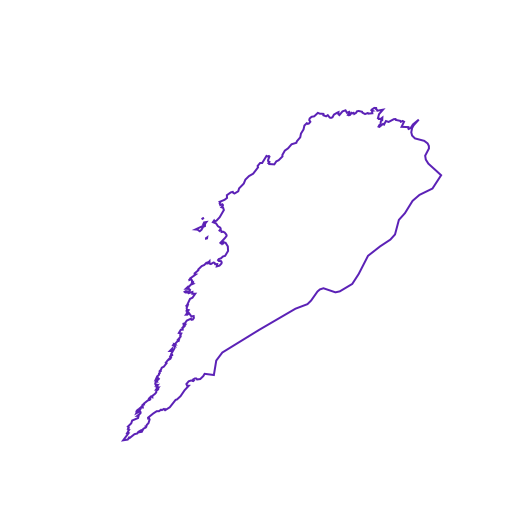 Kilrush Lea-5, Clare, Ireland, rotated 328°
{"feature_id": "5873133B68451217430396", "entity_name": "Kilrush Lea-5", "entity_type": "district", "adm_level": 2, "iso_a3": "IRL", "parent_name": "Ireland", "parent_adm1": "Clare", "projection": "natural_earth1", "projection_center": [-9.571, 52.715], "detail": "fine", "context": "isolated", "style": "outline", "palette": "violet", "viewbox_px": 512, "rotation_deg": 328, "n_neighbors": 0, "source": "geoboundaries", "source_scale": "gbopen_adm2", "svg_char_len": 6086}
<svg xmlns="http://www.w3.org/2000/svg" viewBox="0 0 512 512"><g transform="rotate(328 256 256)"><path d="M296.1,319.1L304.1,328.9L308.3,330.4L322.8,330.7L333.5,325.7L351.1,315.2L366.4,313.6L378.6,313.3L385.3,311.4L396.3,301.1L405.0,298.6L418.0,292.2L427.0,290.8L441.4,292.3L455.8,285.6L451.1,269.0L451.1,264.2L452.6,260.6L459.6,256.5L460.9,254.3L461.2,251.5L459.7,247.5L453.1,240.5L452.2,236.6L453.2,233.4L456.2,230.2L458.9,228.7L466.3,226.6L458.8,227.6L455.0,229.4L451.9,229.1L452.9,228.8L453.6,227.5L447.9,223.6L452.7,220.6L451.9,219.2L449.9,218.9L449.9,217.8L446.7,214.7L446.9,213.8L445.4,213.0L439.5,212.6L437.7,210.4L434.2,212.4L433.8,211.3L429.0,211.9L428.5,211.2L430.1,210.3L431.1,210.6L433.2,208.0L434.5,207.3L435.0,207.7L436.5,205.6L434.2,205.8L432.7,204.9L433.0,204.2L432.5,203.7L434.0,202.3L435.5,200.9L441.2,199.2L435.9,197.1L436.1,195.7L435.6,194.8L436.2,194.1L434.8,193.1L431.6,193.2L431.1,193.5L431.8,194.6L431.3,194.4L430.3,196.6L426.7,194.8L426.6,194.0L423.7,193.4L422.2,190.8L422.4,189.9L419.9,187.4L418.3,186.8L416.8,187.6L414.5,187.6L414.6,186.3L413.3,186.1L413.0,185.3L410.4,186.2L409.2,185.8L408.7,185.1L411.3,184.2L411.5,183.2L409.0,182.7L409.1,179.9L406.0,179.2L401.4,180.7L401.0,179.4L402.2,177.7L400.8,177.5L397.0,177.4L394.3,178.9L392.8,178.6L391.9,177.7L391.5,174.6L389.5,174.7L387.7,172.4L388.5,171.5L388.3,171.0L385.5,169.1L384.3,167.4L379.4,168.4L376.9,167.4L374.4,167.8L373.2,168.9L373.2,171.0L371.1,171.7L369.9,171.4L369.5,170.3L366.2,171.0L363.3,173.9L359.0,176.0L356.4,178.8L351.4,180.4L350.2,181.4L345.4,180.1L340.2,181.7L336.3,181.9L331.9,184.3L331.2,185.6L325.9,186.8L323.4,186.5L320.1,188.0L316.0,185.1L316.4,184.6L315.8,183.8L317.2,183.2L316.6,182.0L317.0,181.1L320.1,178.8L319.9,178.0L318.4,177.6L317.9,176.7L310.5,180.4L308.8,179.3L305.1,180.5L304.7,181.9L297.2,184.7L292.4,184.5L287.5,185.6L284.0,188.1L277.5,189.7L275.2,191.7L270.9,191.6L270.2,190.6L270.3,189.3L268.3,188.7L263.5,189.0L262.2,191.4L259.1,191.7L253.9,190.8L254.0,191.6L253.1,192.0L252.7,193.9L254.8,194.2L255.0,195.0L254.6,195.8L252.6,196.4L253.7,197.7L253.1,200.0L245.7,203.9L241.2,205.1L239.1,204.7L238.7,204.3L239.3,204.2L239.3,203.7L237.4,204.5L239.4,207.2L239.5,210.6L240.7,213.0L240.4,214.5L237.6,215.3L239.2,215.0L239.9,216.5L239.5,217.4L241.1,218.1L241.9,219.6L242.2,222.2L241.8,223.3L239.6,224.2L231.9,226.2L234.7,226.6L234.1,227.4L235.5,227.3L235.2,227.8L236.0,227.6L237.2,228.7L237.2,232.9L235.0,236.9L229.9,239.5L227.7,238.9L225.0,239.4L222.8,238.9L221.4,239.4L222.1,239.2L221.6,239.4L221.8,240.5L223.6,241.8L223.6,243.1L222.7,244.1L219.9,244.8L217.2,244.0L218.8,242.3L217.0,241.3L217.2,239.8L216.5,239.0L213.4,238.9L212.6,237.9L213.8,235.8L211.5,236.5L211.6,235.9L210.2,236.0L210.1,235.5L207.4,236.2L204.6,235.8L199.9,236.8L199.6,237.5L194.7,238.2L194.2,239.1L195.0,239.7L188.4,240.1L187.9,240.8L188.7,240.8L187.7,241.3L188.7,241.6L188.8,242.8L187.9,244.1L188.5,244.4L187.5,244.9L188.0,245.3L187.5,245.5L188.0,246.2L185.3,245.8L182.4,246.7L182.2,246.0L179.1,246.6L181.7,248.4L182.1,249.8L181.3,250.4L179.8,250.3L177.9,248.6L176.5,248.6L176.8,249.5L179.0,250.9L179.1,251.8L183.0,252.8L182.0,254.3L184.5,255.8L180.0,257.7L177.3,257.4L171.6,261.1L169.7,261.6L171.6,261.9L169.6,263.4L168.9,265.2L167.2,266.1L169.6,265.6L170.2,266.2L167.5,267.5L168.0,268.0L165.6,268.7L166.7,269.4L168.9,269.0L169.2,273.0L171.3,273.9L170.5,275.6L168.7,276.4L167.5,275.9L167.6,274.7L163.1,274.1L160.0,275.4L158.6,275.0L158.2,275.9L159.5,276.7L156.5,277.6L157.1,277.9L155.5,278.3L154.8,279.6L153.1,278.7L149.8,280.4L151.6,282.1L149.8,283.1L148.9,282.8L149.9,283.5L149.4,284.4L146.1,285.4L146.8,285.8L145.3,287.1L144.7,286.6L140.9,287.6L140.9,288.2L140.0,287.3L139.8,288.3L139.5,287.4L138.4,287.7L139.2,289.0L138.1,291.0L131.9,294.3L131.8,295.2L133.3,296.0L131.5,295.2L130.1,295.6L130.4,296.6L128.6,297.0L129.4,297.5L128.9,297.8L125.7,297.7L123.0,298.7L123.3,299.5L119.2,301.0L116.9,300.8L114.5,302.5L114.0,303.9L114.3,302.3L113.2,302.6L112.0,305.0L112.3,304.2L111.4,304.3L110.9,305.3L108.4,305.7L106.2,307.2L107.5,307.1L106.7,307.8L108.2,307.6L108.5,308.6L108.1,308.7L108.6,308.8L105.6,309.2L106.4,309.4L105.5,309.3L105.5,310.2L104.2,309.6L102.8,311.0L102.7,311.7L103.5,312.4L102.6,313.0L103.9,313.4L102.4,313.9L104.2,314.1L102.2,314.9L102.5,315.5L101.5,315.9L103.2,316.2L102.4,316.6L102.8,316.6L102.4,317.2L99.3,317.7L99.6,317.8L99.1,318.8L97.2,319.4L94.0,319.7L93.3,320.8L92.6,319.5L90.0,320.1L90.3,320.7L91.0,320.4L90.7,321.3L89.6,321.7L88.9,321.5L89.1,321.0L82.5,321.8L82.3,322.6L80.9,322.2L79.7,324.5L79.3,324.2L79.7,323.7L78.7,323.8L79.4,323.0L78.4,323.3L78.6,323.7L76.9,323.5L76.6,324.2L77.1,324.4L76.4,324.9L75.4,324.7L75.9,324.1L75.3,323.7L73.4,323.9L72.2,324.4L73.4,324.4L71.2,325.0L72.4,325.1L71.2,325.9L75.2,326.2L75.4,327.3L74.6,328.2L70.6,328.7L71.7,329.4L70.1,330.9L63.8,329.9L61.5,331.8L56.9,332.8L57.2,333.9L55.8,334.8L56.2,335.2L55.4,336.2L55.8,336.4L52.9,337.9L53.6,338.3L53.1,338.7L53.5,338.9L45.7,341.9L49.9,343.7L52.2,342.7L52.4,343.4L58.5,342.7L61.3,343.6L63.0,342.8L66.5,342.9L66.9,343.9L65.3,344.3L66.0,344.6L68.9,342.8L71.4,343.0L72.0,342.1L72.5,342.6L74.0,341.3L76.2,340.8L79.1,338.3L79.3,337.2L78.4,336.7L78.8,335.9L85.4,335.1L89.6,335.0L91.5,336.2L94.0,336.0L94.5,336.8L96.7,336.9L97.1,338.3L97.8,337.9L98.0,338.6L102.7,338.6L111.6,335.4L112.9,335.8L117.7,334.9L124.3,332.0L130.2,330.4L128.9,329.5L129.1,327.7L132.5,326.6L135.1,327.2L136.5,328.8L137.0,328.7L136.6,328.2L137.3,328.0L136.8,328.0L137.2,327.4L139.4,327.5L140.5,328.3L140.6,329.5L143.5,330.8L148.2,329.8L147.8,329.8L150.0,328.7L157.2,334.6L166.9,323.6L176.3,320.0L219.2,320.3L261.5,321.6L274.1,324.1L279.1,323.0L289.3,318.7L292.5,318.2L296.1,319.1ZM226.7,203.2L228.5,203.6L230.0,201.6L231.9,200.9L229.8,200.0L228.6,200.8L229.8,201.3L227.6,202.5L218.7,201.4L220.4,202.7L221.3,205.0L220.6,205.3L223.6,204.9L226.7,203.2ZM133.6,291.5L134.9,291.0L135.5,290.2L132.6,290.9L133.6,291.5ZM224.5,214.3L223.0,214.4L222.8,214.8L223.8,215.1L224.5,214.3ZM230.8,195.8L229.4,196.1L232.0,196.1L230.8,195.8ZM186.0,241.1L187.8,240.9L187.8,240.5L186.0,241.1Z" fill="none" stroke="#5b21b6" stroke-width="2"/></g></svg>